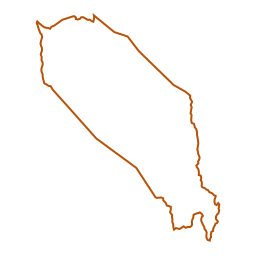 the district of Planalto, Bahia, Brazil
{"feature_id": "56859067B84757283286079", "entity_name": "Planalto", "entity_type": "district", "adm_level": 2, "iso_a3": "BRA", "parent_name": "Brazil", "parent_adm1": "Bahia", "projection": "natural_earth1", "projection_center": [-40.414, -14.737], "detail": "fine", "context": "isolated", "style": "outline", "palette": "amber", "viewbox_px": 256, "rotation_deg": 0, "n_neighbors": 0, "source": "geoboundaries", "source_scale": "gbopen_adm2", "svg_char_len": 2457}
<svg xmlns="http://www.w3.org/2000/svg" viewBox="0 0 256 256"><path d="M52.9,89.9L68.3,107.0L69.9,108.8L73.7,113.1L96.3,138.5L111.4,149.6L128.5,162.1L136.3,167.9L154.0,195.0L155.3,197.1L156.7,197.9L158.5,197.7L161.3,197.5L163.2,198.3L163.3,200.5L164.7,201.7L165.9,203.2L166.9,205.6L168.8,206.0L170.8,206.8L170.8,209.6L170.1,212.2L171.1,213.8L172.2,215.1L172.0,217.0L172.4,219.3L172.3,222.0L173.2,224.3L173.4,227.3L174.0,229.6L175.9,228.1L177.8,228.6L179.7,228.9L181.8,227.6L183.5,226.4L185.7,227.8L187.7,227.0L190.0,227.0L191.4,226.1L192.1,224.3L191.8,222.1L192.2,220.0L193.2,217.8L193.6,214.7L195.2,214.1L196.9,213.3L198.5,213.1L199.8,212.4L201.7,213.9L202.9,215.9L201.8,217.0L201.2,219.2L201.3,221.0L202.1,222.8L203.2,225.1L204.3,227.1L204.5,229.0L205.9,230.5L206.7,232.6L206.4,235.0L206.5,237.9L207.8,240.0L209.8,240.6L210.2,238.6L211.1,237.1L210.8,234.9L211.3,231.9L213.1,230.9L213.1,229.0L213.9,227.1L214.9,225.3L215.5,223.7L217.1,222.9L217.9,221.5L216.9,220.2L215.9,218.9L216.0,216.5L217.0,214.6L218.4,213.3L219.2,210.5L218.6,208.3L219.0,206.4L219.3,204.5L218.2,203.1L216.5,205.1L215.1,204.1L214.4,201.7L214.7,199.2L215.4,197.5L215.7,195.9L214.0,195.2L212.7,193.8L211.3,192.8L209.4,192.2L207.9,190.0L206.4,189.6L204.6,188.0L202.3,187.3L201.6,185.7L201.9,183.4L201.6,181.4L200.7,180.2L201.3,178.0L200.7,175.6L198.8,175.1L198.9,172.0L198.3,169.1L197.1,167.5L196.3,165.6L197.4,164.5L198.4,163.3L198.1,161.5L199.1,159.8L199.6,157.7L199.1,155.8L198.1,153.7L198.0,151.8L197.3,149.6L197.8,146.8L198.3,143.7L198.1,141.2L197.8,138.8L197.4,136.8L197.0,134.7L197.1,132.0L196.2,129.1L194.8,127.2L194.0,123.9L191.7,122.9L191.2,120.1L191.4,117.7L191.5,114.8L190.6,113.5L190.9,111.4L191.2,109.5L191.7,107.2L190.7,104.9L192.1,101.9L191.1,99.8L190.0,98.1L190.2,95.6L185.1,91.5L173.4,84.9L172.1,83.5L138.9,51.2L128.8,38.1L127.6,36.5L114.3,32.1L93.9,15.4L94.2,17.5L93.9,19.2L93.3,21.8L91.2,20.8L89.6,19.6L87.8,19.9L85.8,18.7L83.2,17.2L81.1,17.3L80.0,18.8L77.8,19.5L75.8,19.1L75.8,17.4L74.2,16.2L72.5,16.5L62.3,19.8L61.1,20.7L54.3,25.6L51.4,26.8L50.0,28.8L48.2,28.0L46.2,27.8L44.1,27.2L41.7,25.3L39.4,23.5L37.3,21.4L36.7,22.9L37.6,25.2L38.3,27.8L39.4,30.8L40.4,33.3L41.5,34.3L42.2,37.2L41.4,39.6L40.5,43.5L41.0,45.7L41.9,47.9L42.0,50.3L41.3,52.5L40.7,54.5L41.7,56.9L41.5,60.2L42.5,62.2L42.7,64.2L42.3,65.9L41.4,68.9L41.5,71.6L42.6,74.2L42.7,77.0L43.3,79.6L43.8,81.4L44.3,83.3L46.5,84.4L48.6,85.9L50.6,86.1L52.9,89.9Z" fill="none" stroke="#b45309" stroke-width="2"/></svg>